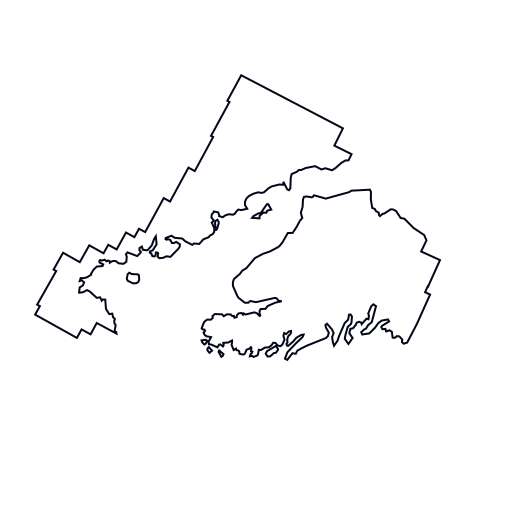 the district of Kenai Peninsula, Alaska, United States of America, rotated 27°
{"feature_id": "52423323B64721050065013", "entity_name": "Kenai Peninsula", "entity_type": "district", "adm_level": 2, "iso_a3": "USA", "parent_name": "United States of America", "parent_adm1": "Alaska", "projection": "albers", "projection_center": [-151.789, 60.039], "detail": "fine", "context": "isolated", "style": "outline", "palette": "ink", "viewbox_px": 512, "rotation_deg": 27, "n_neighbors": 0, "source": "geoboundaries", "source_scale": "gbopen_adm2", "svg_char_len": 6166}
<svg xmlns="http://www.w3.org/2000/svg" viewBox="0 0 512 512"><g transform="rotate(27 256 256)"><path d="M421.8,176.1L401.1,177.0L400.8,164.7L396.4,161.0L383.7,159.5L371.3,155.4L367.6,156.5L360.4,152.3L356.9,152.3L354.8,153.3L351.1,159.8L349.7,161.0L348.3,164.2L347.0,163.7L345.7,161.7L342.3,161.5L340.6,160.2L337.7,160.4L332.5,153.2L329.4,146.8L327.4,145.2L311.3,154.5L309.9,156.9L292.1,173.2L280.4,175.5L279.9,175.9L279.9,177.3L279.0,178.4L274.0,180.0L271.9,181.5L272.2,184.3L275.2,191.0L276.3,197.1L280.0,201.2L279.1,204.6L279.0,211.4L278.2,218.8L273.9,221.1L273.4,232.0L272.4,236.4L271.6,238.1L266.3,245.7L261.3,250.8L256.0,258.3L253.0,271.1L250.4,275.4L249.8,279.2L246.8,286.6L247.3,289.8L249.0,293.1L257.0,299.7L259.4,301.2L267.3,302.7L270.4,301.1L271.1,299.0L271.7,298.6L277.0,297.1L291.9,284.7L293.9,284.4L296.4,285.7L299.5,284.6L294.4,288.8L290.0,294.1L289.0,295.6L288.5,298.7L284.2,301.2L284.1,303.0L285.1,305.4L286.8,307.0L286.5,307.8L282.6,306.6L280.1,307.0L273.2,312.9L271.2,312.7L271.1,314.2L269.1,313.3L266.6,315.0L265.9,317.2L266.5,319.3L264.8,320.8L263.5,319.4L262.2,320.3L260.0,319.6L256.6,321.1L254.6,324.3L252.2,323.4L245.7,326.4L244.5,329.3L245.6,330.7L244.7,333.2L241.3,334.9L239.7,338.4L240.4,345.1L241.5,345.7L243.5,345.0L244.6,345.8L244.0,348.0L246.3,349.7L248.4,350.0L252.8,348.7L252.6,353.8L254.1,356.0L256.4,355.2L263.1,354.9L263.4,351.6L264.4,351.0L267.6,351.6L267.7,350.2L266.3,348.3L270.6,345.6L273.0,342.2L273.9,343.8L274.6,346.3L278.8,349.9L280.2,347.6L281.3,348.7L283.5,348.2L284.5,348.8L285.6,350.6L289.0,349.8L290.1,348.9L290.4,347.7L290.1,343.8L292.0,341.8L292.8,339.5L293.5,339.8L294.8,343.1L296.2,342.9L296.4,344.4L295.7,345.7L296.1,348.1L297.6,346.8L299.5,347.1L302.0,344.5L302.5,343.1L301.1,338.3L303.1,337.5L305.4,333.7L309.1,331.3L310.4,328.2L310.7,325.5L312.9,324.6L315.8,325.9L318.6,325.3L319.7,323.1L319.4,317.6L316.6,314.6L316.1,311.8L318.3,311.9L319.7,308.1L321.2,306.9L321.9,307.9L322.1,309.9L321.2,312.6L321.2,314.0L322.1,317.1L323.2,318.4L323.0,320.5L324.3,321.8L325.4,321.5L328.0,315.2L329.0,310.7L332.1,305.8L334.1,304.4L334.3,307.2L331.5,314.8L327.7,327.5L328.4,334.3L331.0,334.4L332.6,326.1L335.8,325.1L335.8,321.6L338.1,318.1L342.1,312.7L355.6,297.3L356.4,294.8L355.7,291.3L350.8,288.0L349.2,286.0L350.0,284.1L357.0,286.9L360.2,289.5L360.6,293.6L363.6,297.9L366.3,300.5L367.1,294.3L366.4,289.9L365.5,275.6L367.0,270.9L365.5,266.0L366.9,265.2L369.0,266.4L371.2,271.7L371.4,273.8L369.9,277.4L371.5,285.6L372.7,289.5L378.3,292.4L379.3,285.2L374.2,282.4L373.2,278.0L375.3,276.3L376.2,272.0L376.0,269.7L377.7,267.8L380.1,267.6L381.1,268.7L382.9,261.7L384.9,261.3L383.8,258.0L382.1,256.3L381.5,248.6L382.5,245.8L385.7,246.2L389.2,262.5L387.3,266.6L387.0,270.6L385.7,272.5L384.3,276.1L386.3,277.7L392.1,273.5L394.6,265.9L395.4,260.3L397.3,256.5L402.4,252.6L404.3,253.9L399.9,261.2L399.9,262.4L401.8,263.8L404.4,262.2L406.2,264.1L408.7,261.6L411.5,261.9L414.8,266.7L416.8,265.9L417.9,263.4L420.3,262.6L424.2,264.0L425.1,266.4L427.4,267.1L430.0,264.5L430.2,243.4L428.6,211.3L423.1,211.5L422.8,205.1L423.2,205.1L421.8,176.1ZM85.8,408.5L133.6,410.3L133.9,400.6L144.2,400.9L144.5,388.0L166.9,388.5L166.0,387.2L164.9,387.6L164.0,386.7L162.3,381.2L160.5,380.3L159.2,378.3L158.7,376.0L156.5,375.5L154.1,372.6L151.6,374.4L146.3,371.2L141.5,363.3L139.1,364.4L138.8,365.8L135.9,363.6L133.1,365.6L124.1,363.1L120.9,363.1L118.2,366.9L115.3,368.9L115.2,369.7L113.2,364.0L115.1,360.8L114.8,357.5L111.8,356.8L110.3,358.3L109.8,355.3L112.6,353.9L115.1,351.7L117.6,347.5L117.1,346.8L117.5,341.7L119.0,337.6L123.8,334.7L123.7,332.8L119.7,332.9L118.7,331.7L119.0,330.3L120.7,330.1L122.8,328.0L125.3,328.6L126.3,327.1L128.0,327.1L128.8,328.3L130.0,326.2L131.7,324.8L133.7,324.2L136.8,324.9L141.4,323.2L143.1,320.1L141.2,315.4L139.4,313.5L139.8,311.1L150.2,310.0L151.7,305.5L151.4,304.5L149.6,303.9L148.6,301.9L150.0,299.4L152.4,301.8L156.2,300.5L156.9,299.5L158.3,294.0L157.5,287.0L157.8,283.9L162.1,290.7L161.4,297.9L159.6,299.7L159.5,300.6L159.9,301.3L161.5,301.2L163.6,303.1L165.6,302.6L166.2,301.5L165.3,298.2L166.9,297.7L167.6,298.0L168.7,301.3L170.9,301.8L174.3,299.6L176.2,297.0L180.2,295.6L183.6,284.5L183.8,282.4L182.9,280.1L178.4,279.7L177.0,281.7L175.2,282.6L172.3,280.6L170.1,280.9L168.9,282.1L167.7,282.0L167.4,280.9L171.5,276.3L175.3,276.7L182.4,273.9L186.2,275.0L194.1,275.0L195.1,273.0L200.0,271.0L201.5,265.1L205.4,260.6L205.6,258.8L207.5,256.2L207.8,253.6L206.3,250.3L201.4,246.2L202.1,244.6L201.9,243.3L198.8,242.0L197.7,238.9L198.4,236.5L198.2,235.5L202.5,234.3L204.8,236.4L205.0,237.2L208.7,236.6L210.3,233.6L212.9,231.1L216.8,229.6L217.9,228.0L218.3,225.2L219.1,222.7L222.2,221.7L226.7,217.9L223.0,215.6L221.5,212.4L221.4,209.0L222.3,206.0L225.3,201.8L229.0,198.3L232.2,197.3L234.2,195.6L236.5,189.8L238.5,186.8L244.2,181.8L248.0,180.1L247.1,178.2L247.3,177.9L253.7,182.5L255.5,182.4L255.9,180.2L251.3,170.2L250.6,166.7L254.1,162.5L255.3,159.7L257.1,159.0L260.3,155.1L267.9,149.1L275.0,149.2L278.0,146.3L284.8,145.1L286.9,141.6L289.7,134.4L292.3,130.3L295.0,128.8L294.9,121.9L275.7,122.1L275.5,102.8L160.8,101.7L160.0,130.7L162.4,130.8L161.4,169.4L163.8,169.4L162.9,208.1L155.7,207.9L154.7,246.5L147.5,246.3L146.4,285.0L139.4,284.8L139.1,294.4L129.5,294.1L128.9,313.4L119.3,313.1L118.9,322.8L102.6,322.2L101.8,341.5L82.6,340.7L81.8,360.0L84.8,360.1L83.1,398.7L86.2,398.8L85.8,408.5ZM150.7,328.4L149.9,330.6L151.3,335.1L153.0,336.3L158.8,336.2L161.6,334.7L162.9,332.6L162.7,330.2L160.4,326.3L159.1,326.0L153.5,328.5L150.7,328.4ZM235.6,221.6L235.2,223.8L242.0,220.9L241.0,218.5L242.9,213.9L245.6,212.8L245.4,210.6L248.5,207.7L243.4,204.3L242.2,204.9L240.7,215.7L238.9,216.8L235.6,221.6ZM309.0,335.8L309.0,338.6L312.0,340.3L314.3,338.8L315.9,334.5L317.7,333.1L318.2,329.7L317.7,328.8L314.6,327.1L309.0,335.8ZM204.0,243.2L204.4,245.0L208.3,251.1L208.8,250.7L208.9,249.0L208.0,244.0L207.4,242.7L205.2,241.2L204.0,243.2ZM249.2,353.5L245.8,355.9L247.3,357.3L250.1,358.3L250.9,357.2L251.1,355.1L250.6,353.6L249.2,353.5ZM255.3,358.6L254.8,360.5L255.5,362.1L258.5,363.4L259.8,360.3L255.3,358.6ZM266.1,356.9L266.2,358.4L270.9,361.6L271.7,360.2L271.6,358.2L266.1,356.9Z" fill="none" stroke="#020617" stroke-width="2"/></g></svg>